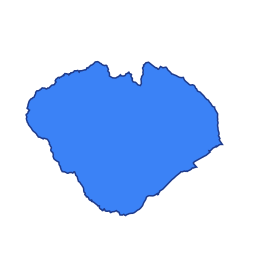 Aricestii Zeletin, Prahova, Romania (Mercator projection), rotated 332°
{"feature_id": "2599482B40802977516899", "entity_name": "Aricestii Zeletin", "entity_type": "district", "adm_level": 2, "iso_a3": "ROU", "parent_name": "Romania", "parent_adm1": "Prahova", "projection": "mercator", "projection_center": [26.154, 45.226], "detail": "fine", "context": "isolated", "style": "filled", "palette": "blue", "viewbox_px": 256, "rotation_deg": 332, "n_neighbors": 0, "source": "geoboundaries", "source_scale": "gbopen_adm2", "svg_char_len": 5664}
<svg xmlns="http://www.w3.org/2000/svg" viewBox="0 0 256 256"><g transform="rotate(332 128 128)"><path d="M203.6,186.8L203.1,182.5L203.1,181.1L204.0,180.6L204.3,180.3L204.2,179.2L204.4,178.2L204.2,178.0L204.2,177.3L204.9,176.6L205.5,176.2L206.1,174.7L206.4,172.9L206.9,171.2L207.5,170.2L207.7,169.2L208.1,168.2L208.3,167.7L208.9,166.8L209.5,166.3L210.0,165.5L210.6,163.2L211.4,162.3L211.7,161.3L212.3,160.1L213.8,157.6L213.6,152.7L213.9,150.7L214.3,150.2L213.3,149.3L212.7,148.3L212.6,145.9L212.4,144.4L212.0,142.9L212.1,141.7L211.9,140.9L211.1,140.0L210.7,138.8L210.3,137.6L210.0,135.2L209.3,132.8L209.0,132.2L208.7,130.5L206.9,128.3L206.7,127.7L206.9,125.9L206.9,125.6L206.4,124.8L206.6,122.6L206.4,121.5L205.4,120.2L203.1,119.3L202.4,118.1L202.0,116.8L200.8,113.8L200.4,112.3L200.4,110.6L200.6,109.9L200.6,109.7L200.6,109.3L199.0,108.7L197.3,107.5L196.3,106.2L195.2,104.4L193.7,102.7L192.6,101.2L192.0,100.9L191.9,100.5L191.7,99.0L190.4,95.2L190.5,93.7L190.1,92.1L187.1,91.2L185.6,89.0L182.7,90.4L182.6,90.2L182.1,90.1L181.9,89.8L181.9,89.2L181.8,88.9L181.4,88.4L181.3,88.1L180.8,87.9L180.1,86.6L177.0,79.6L174.4,78.8L174.0,79.1L173.3,79.2L172.4,79.6L171.3,79.7L171.1,80.7L170.6,80.9L170.4,81.2L169.4,81.6L169.0,81.9L168.6,84.1L167.1,86.2L166.8,87.5L166.5,87.8L164.2,89.0L163.5,90.0L162.5,90.8L162.1,91.5L161.8,92.7L161.2,93.7L160.8,94.9L159.6,95.8L158.8,96.3L157.0,94.5L156.6,92.6L156.1,91.2L154.2,89.7L154.2,88.9L154.0,88.1L154.8,86.9L154.8,86.7L154.6,86.6L154.7,86.3L155.2,86.1L154.9,84.8L154.9,83.6L155.5,83.0L156.1,82.7L156.2,82.4L155.9,81.7L155.6,81.7L154.4,79.7L155.6,79.1L154.4,79.1L153.2,79.5L151.6,79.2L150.9,79.8L150.0,80.3L149.3,80.2L148.2,79.9L146.8,79.0L146.5,78.6L146.4,77.6L145.7,77.9L145.5,78.1L145.2,77.9L145.2,77.7L143.6,78.2L142.3,77.9L141.7,78.2L140.7,78.0L140.2,77.9L138.0,76.5L137.3,75.5L136.0,73.3L136.9,71.8L137.4,70.3L137.4,69.8L136.9,68.6L136.9,68.4L137.2,67.8L138.1,67.3L138.2,67.1L138.4,65.0L138.2,64.3L138.6,63.2L138.1,62.3L136.6,61.9L136.2,61.4L135.7,61.0L134.7,59.6L134.5,58.5L133.8,57.9L133.5,56.8L132.8,55.9L132.7,55.5L132.4,55.2L130.1,54.3L127.2,55.3L126.3,55.2L125.4,55.5L124.6,55.1L123.6,55.5L122.9,55.5L121.8,56.1L121.0,56.3L120.6,56.2L120.4,55.6L120.1,55.5L118.6,56.7L117.9,56.8L117.3,56.4L114.0,55.7L113.3,55.3L113.0,55.3L112.3,54.8L111.9,54.9L111.5,55.5L111.1,55.8L111.0,55.6L111.0,54.4L110.7,53.6L109.1,53.2L107.8,52.4L107.1,52.5L106.1,53.1L103.9,52.7L103.4,52.4L102.6,53.0L102.3,52.9L101.6,52.5L101.3,52.6L101.1,53.2L100.7,53.4L100.6,52.7L100.1,52.1L99.8,51.9L99.6,51.5L97.8,50.3L97.3,50.6L95.6,51.0L95.4,51.1L95.6,51.5L94.0,51.3L93.0,51.5L91.8,51.2L90.9,51.6L90.6,50.8L90.1,50.6L89.2,50.7L88.6,51.0L87.4,51.1L85.8,52.2L85.8,52.6L86.1,53.3L86.0,53.7L84.6,54.2L83.8,54.9L83.1,55.1L80.7,54.4L77.2,55.5L76.6,55.5L75.8,55.0L75.0,55.3L74.5,55.3L73.7,54.6L73.3,53.7L71.9,53.0L71.1,52.3L70.6,52.4L69.6,52.9L68.7,52.7L68.2,53.1L67.9,53.1L66.2,53.0L65.1,52.4L64.1,52.7L63.1,53.3L62.6,54.3L61.7,54.9L59.5,56.7L57.9,56.6L57.0,57.0L56.5,56.8L55.7,56.8L53.7,57.7L52.9,58.3L50.4,60.8L50.2,61.4L48.1,63.2L48.1,63.4L48.6,63.7L48.8,65.2L49.4,66.0L48.5,66.5L47.6,66.7L46.7,67.7L45.7,68.2L44.9,68.1L44.4,68.3L44.1,68.8L43.9,70.7L43.6,71.1L42.8,71.7L42.3,73.2L42.1,74.6L41.8,75.4L42.0,77.2L41.7,78.3L42.5,82.6L42.6,85.0L42.9,86.4L43.8,88.3L44.4,90.3L44.3,91.4L44.6,92.3L44.6,93.2L44.6,93.8L45.2,94.4L45.8,94.6L46.8,96.2L47.7,97.1L47.9,97.8L48.5,97.5L48.9,97.6L49.5,98.0L50.7,99.3L51.1,99.5L51.4,100.1L51.7,101.2L51.7,104.2L50.9,105.4L51.2,106.5L51.0,107.4L51.2,108.5L51.1,109.4L50.9,109.8L50.2,110.3L49.4,111.3L49.3,112.9L49.9,113.9L50.0,114.6L49.5,116.6L48.5,117.9L48.2,120.1L48.2,120.7L48.9,122.4L49.5,123.4L49.9,124.3L50.6,125.1L50.9,125.7L50.0,128.0L50.0,129.4L50.3,130.1L49.8,131.0L49.7,132.2L49.4,133.3L49.5,135.7L50.1,135.9L50.6,136.5L51.4,136.8L51.8,137.5L52.5,138.3L53.0,139.2L53.6,139.7L54.5,139.9L55.3,139.8L55.9,140.1L57.2,140.7L57.9,141.8L58.3,141.9L59.5,141.4L60.0,141.5L60.3,141.9L60.1,142.7L60.1,143.6L59.7,145.1L60.3,146.9L60.3,147.3L59.8,149.0L59.7,149.6L59.2,152.0L59.8,152.7L60.0,153.3L60.1,155.4L60.4,156.5L60.4,157.8L60.6,159.5L60.3,160.8L59.3,163.0L59.3,163.7L59.1,164.3L59.6,165.1L59.6,165.6L58.7,166.4L58.6,166.6L59.1,167.9L59.0,169.3L60.0,169.7L60.0,170.4L60.2,170.8L60.3,171.6L60.1,172.9L60.7,174.2L61.7,174.3L62.1,174.6L62.1,175.1L61.5,175.4L61.4,175.7L62.5,176.8L63.0,177.7L64.7,181.7L64.9,182.8L65.7,182.9L66.2,183.4L65.4,184.6L65.3,185.2L65.7,186.8L66.5,187.6L66.4,188.3L66.5,188.8L66.9,189.1L67.3,189.1L68.5,188.3L69.1,188.3L69.2,188.9L68.9,190.1L69.1,190.7L70.4,191.7L72.5,192.5L72.9,193.0L72.7,194.2L73.0,194.6L74.8,194.6L76.8,195.4L79.0,195.5L79.2,195.9L79.2,196.6L79.3,196.9L79.9,197.3L80.5,198.3L80.5,198.8L80.2,199.3L80.3,200.3L80.1,201.0L82.1,202.2L83.6,202.2L83.9,202.4L84.1,203.3L84.8,203.9L84.9,204.2L86.1,203.8L87.1,204.1L88.6,204.1L90.8,204.8L91.6,205.3L93.3,205.7L95.4,205.5L97.8,205.0L99.7,205.1L101.6,204.6L104.4,203.4L106.7,201.4L110.1,199.4L111.7,197.8L112.3,197.6L113.5,197.5L114.7,197.6L117.9,199.5L118.9,199.8L120.0,199.9L122.8,199.7L122.7,200.7L123.6,200.9L123.9,199.8L124.6,199.9L126.0,199.1L126.3,198.6L130.1,198.3L142.6,194.2L144.8,193.8L148.1,192.9L153.3,191.9L154.2,191.4L155.2,192.1L157.6,192.5L158.1,193.1L159.8,193.7L159.9,193.8L159.9,194.1L161.7,194.1L163.2,194.2L164.9,194.0L165.6,193.6L166.3,193.6L167.1,194.1L168.0,194.1L168.4,194.0L168.7,194.3L169.2,194.3L170.2,194.7L169.6,192.3L169.4,191.0L169.2,190.8L169.1,190.3L169.4,189.4L171.0,188.9L182.1,188.7L184.0,188.8L189.0,187.8L188.8,187.5L188.9,186.1L189.6,186.6L190.2,186.7L193.9,185.6L196.3,185.8L197.3,185.4L197.4,186.2L200.7,185.7L201.9,185.9L203.6,186.8Z" fill="#3b82f6" stroke="#1e3a8a" stroke-width="1.5"/></g></svg>